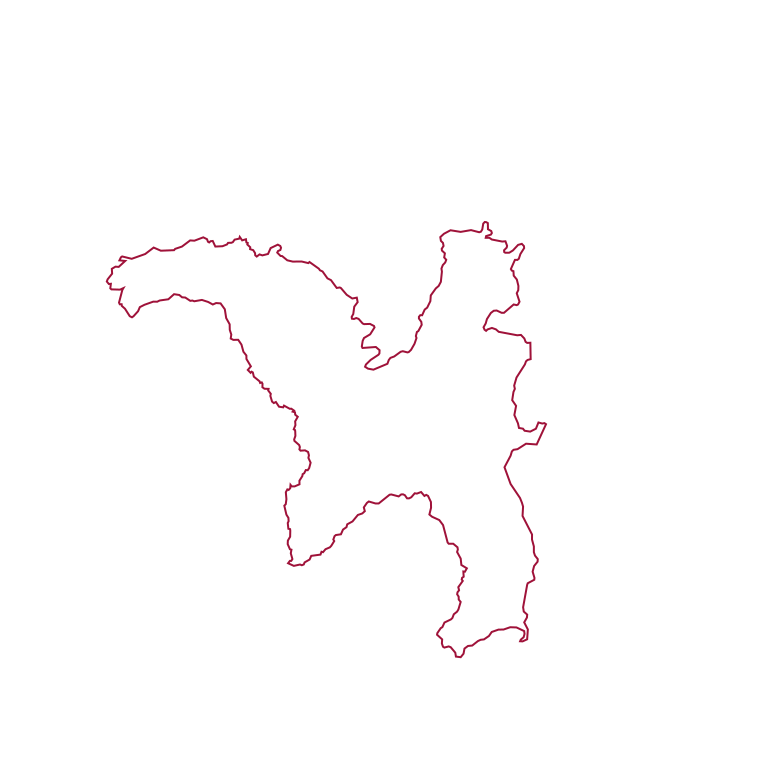 Porto Grande, Amapá, Brazil (Natural Earth projection), rotated 43°
{"feature_id": "56859067B81686186446663", "entity_name": "Porto Grande", "entity_type": "district", "adm_level": 2, "iso_a3": "BRA", "parent_name": "Brazil", "parent_adm1": "Amapá", "projection": "natural_earth1", "projection_center": [-51.672, 0.615], "detail": "fine", "context": "isolated", "style": "outline", "palette": "rose", "viewbox_px": 768, "rotation_deg": 43, "n_neighbors": 0, "source": "geoboundaries", "source_scale": "gbopen_adm2", "svg_char_len": 6165}
<svg xmlns="http://www.w3.org/2000/svg" viewBox="0 0 768 768"><g transform="rotate(43 384 384)"><path d="M105.2,470.8L106.2,474.0L110.8,470.5L110.1,479.3L107.6,481.3L106.4,485.4L109.9,488.7L110.5,496.0L111.4,498.1L114.6,498.5L115.9,497.0L118.6,500.7L120.1,500.7L126.6,495.0L128.0,491.6L128.5,493.7L134.7,505.2L136.4,505.9L137.7,504.6L139.0,505.7L143.2,505.6L151.8,507.8L154.2,507.1L154.6,505.3L154.5,498.5L153.0,494.3L154.8,489.4L159.1,481.1L162.0,478.5L163.0,475.9L168.5,469.1L169.2,461.5L173.6,458.5L177.2,458.3L179.7,456.3L185.6,455.3L187.0,453.6L188.8,452.9L193.5,446.7L199.5,443.9L204.6,442.6L206.0,439.3L209.5,436.5L216.6,437.9L223.6,443.4L230.4,445.6L234.3,449.6L238.6,452.0L240.9,455.3L243.7,454.5L247.2,451.1L252.9,452.4L259.2,456.3L263.9,457.0L266.3,459.5L274.6,461.9L274.8,466.6L278.8,466.8L278.8,465.3L280.2,465.0L283.8,467.4L291.2,466.9L292.7,467.7L293.5,466.2L295.0,466.7L297.3,469.3L299.8,469.0L302.9,466.3L303.7,467.7L307.9,468.4L309.0,470.2L314.1,473.2L316.4,473.1L317.2,470.9L322.7,472.2L326.2,469.8L325.6,468.0L332.0,466.4L333.0,465.3L336.3,464.8L336.2,466.4L338.2,465.4L340.0,467.0L343.3,466.8L344.5,471.9L347.3,474.5L348.9,478.7L350.4,478.4L351.5,479.3L354.6,482.4L356.1,485.8L357.3,486.7L363.6,486.5L365.5,487.5L366.7,489.5L368.4,489.7L371.5,486.4L374.8,485.5L377.7,487.3L379.1,489.6L384.0,491.6L386.6,496.5L387.0,499.1L385.5,500.3L386.5,503.7L386.0,505.4L387.1,507.1L388.1,512.4L390.6,515.0L388.5,519.8L386.4,521.8L384.4,521.5L386.5,524.2L386.5,526.5L385.2,527.0L386.0,530.1L391.2,534.8L394.1,538.9L394.1,541.0L401.7,546.1L405.4,547.1L407.8,549.4L408.4,551.3L412.8,555.1L414.3,554.2L415.5,555.2L419.5,559.7L420.5,564.1L422.8,566.8L427.9,569.0L429.3,568.3L431.3,571.4L436.4,574.5L436.8,576.6L435.8,577.5L436.1,580.5L442.1,578.5L445.7,573.3L447.5,572.6L448.4,570.7L447.6,568.6L449.3,563.1L448.0,559.3L453.9,552.1L452.7,549.3L454.1,548.6L453.9,544.7L455.8,540.4L455.8,538.3L454.7,532.8L453.0,532.3L451.6,529.0L451.8,527.3L455.0,523.3L453.3,518.4L454.2,514.3L452.8,511.7L454.7,506.0L454.2,497.6L456.4,493.5L456.7,490.1L453.4,488.0L452.6,482.6L453.0,480.3L459.2,477.2L461.6,475.0L463.6,461.2L464.7,459.8L471.4,456.2L471.9,453.0L473.2,451.7L475.1,451.1L478.8,451.9L480.3,450.6L481.2,448.2L481.0,443.0L482.8,441.7L484.8,437.7L489.9,438.3L490.5,436.3L492.5,435.8L498.8,438.3L502.8,442.4L506.2,448.5L509.7,448.3L517.2,445.8L523.4,446.9L538.6,456.5L540.3,456.7L543.6,453.6L549.1,453.3L550.9,454.7L552.0,457.0L559.2,459.4L564.0,463.6L570.3,462.3L571.2,466.1L569.9,467.0L573.7,470.6L573.3,472.5L574.2,474.0L575.9,474.3L576.9,481.9L579.6,483.7L579.8,486.2L580.9,487.9L583.6,488.6L585.7,490.7L588.7,491.1L592.2,498.2L592.7,500.7L592.1,504.8L593.6,508.5L593.5,510.5L590.9,517.2L592.5,522.0L592.0,523.9L592.9,529.8L593.8,531.2L600.7,531.1L603.3,534.3L606.3,535.9L607.9,535.6L610.3,531.8L612.3,531.0L619.4,531.9L622.5,534.3L626.4,531.5L626.1,527.0L623.3,522.6L624.1,518.3L626.9,515.1L628.0,508.0L629.1,505.2L631.3,502.6L632.6,496.7L631.9,491.9L635.2,485.6L638.9,482.0L642.2,475.8L646.9,471.7L655.0,469.1L657.2,470.9L658.8,473.9L658.4,477.7L659.0,479.3L660.9,477.7L662.8,473.1L656.6,465.4L649.1,462.7L647.8,457.3L646.0,455.0L641.4,455.1L638.0,452.4L625.7,433.3L625.0,431.7L627.4,424.7L626.3,423.2L620.7,419.9L617.9,414.7L617.5,409.2L615.9,407.2L611.4,406.5L608.3,404.8L604.4,400.6L598.3,396.8L594.9,393.1L575.3,386.0L569.3,378.8L565.9,376.8L561.2,374.6L544.8,370.8L528.9,362.7L525.5,350.1L523.5,346.1L523.6,343.8L526.1,340.6L528.6,330.8L536.9,324.1L529.9,302.9L528.0,303.2L526.7,305.0L523.2,306.8L525.6,313.1L523.4,319.1L518.7,322.3L516.1,321.9L512.7,324.1L508.8,321.4L500.5,317.8L495.5,309.9L488.8,308.4L484.1,301.5L483.0,298.3L480.3,296.4L476.5,288.9L473.7,273.6L472.4,270.6L472.6,268.5L474.3,265.8L462.9,254.0L460.7,256.3L458.8,256.6L455.6,255.0L450.7,254.7L448.2,257.5L432.3,267.6L428.6,267.7L424.7,269.4L422.5,273.5L422.4,275.5L420.5,275.7L418.1,274.6L417.1,270.4L415.0,266.3L413.7,259.2L414.3,255.6L416.3,253.4L421.5,251.7L423.2,250.1L424.6,237.4L427.3,235.8L427.8,234.4L427.0,231.4L419.2,227.1L418.2,223.8L415.4,220.6L409.9,217.0L405.0,216.3L401.7,213.2L400.1,213.9L398.4,213.4L395.1,203.9L396.9,202.3L397.2,200.5L395.1,195.9L393.8,189.0L392.3,187.7L389.2,187.5L387.2,190.8L387.2,198.4L386.1,202.5L383.2,205.3L381.9,205.5L380.6,204.3L380.7,200.6L379.8,199.0L375.5,196.8L373.3,199.2L364.3,204.8L361.4,205.2L358.7,207.7L357.8,206.2L360.3,201.8L359.9,200.0L358.1,199.0L354.5,199.9L350.2,195.5L348.4,195.9L347.2,196.8L347.2,199.0L350.5,204.0L351.0,206.6L350.1,208.1L342.7,212.1L336.3,220.5L327.8,226.2L325.4,233.2L325.0,238.2L328.0,240.5L330.9,240.6L333.4,242.4L334.0,245.8L335.4,246.9L339.4,246.9L341.7,250.4L344.8,250.7L345.9,253.4L345.9,256.9L347.3,260.4L349.7,262.3L355.9,270.5L357.1,275.0L356.7,278.8L357.8,287.3L361.4,291.8L363.5,298.7L363.0,301.8L365.0,307.7L363.6,308.9L363.7,311.0L364.9,312.3L368.9,313.1L371.2,315.0L373.0,321.9L372.6,323.5L374.6,327.2L376.4,328.2L378.9,333.8L380.5,340.6L380.3,343.8L379.6,344.9L375.4,347.2L374.2,349.1L372.7,356.9L370.9,360.5L371.1,363.1L372.7,366.9L366.5,380.7L361.8,383.7L358.4,384.3L357.5,382.1L357.8,375.5L360.0,366.4L359.8,364.8L357.7,362.3L352.8,362.5L343.7,372.3L342.2,371.7L339.0,367.0L338.0,364.0L340.0,357.1L338.5,349.1L337.1,348.4L332.8,349.6L328.6,353.8L327.1,354.3L321.0,353.7L318.7,354.7L317.7,356.9L316.0,358.1L314.6,357.0L313.8,353.8L309.5,347.7L308.9,342.1L305.2,339.4L302.5,343.1L295.9,344.2L287.0,343.2L285.8,343.6L283.9,346.0L274.4,344.2L270.6,345.3L262.3,343.6L259.6,344.5L257.7,344.1L246.3,345.6L246.2,347.2L240.2,350.6L233.8,356.7L228.9,359.5L222.3,359.9L221.0,360.9L216.3,360.7L215.8,359.1L216.8,356.7L215.8,354.6L214.0,353.8L211.3,354.5L208.4,361.9L210.5,368.0L207.3,372.9L204.6,374.1L204.0,377.6L202.1,377.7L200.4,376.2L197.1,375.3L194.1,376.7L192.9,375.2L188.9,375.2L188.2,373.8L186.8,374.3L184.3,372.3L182.3,375.7L178.2,374.8L179.0,376.4L176.3,380.3L176.7,383.4L176.0,384.9L173.7,387.1L174.0,389.0L171.9,393.4L166.9,398.5L161.2,396.2L159.8,397.8L159.6,399.7L158.2,400.0L155.8,398.8L151.8,400.0L147.6,408.5L144.3,411.2L142.5,421.3L139.1,427.6L139.2,429.3L129.9,438.7L122.5,441.3L120.7,451.8L114.1,464.5L105.5,469.3L105.2,470.8Z" fill="none" stroke="#9f1239" stroke-width="2"/></g></svg>